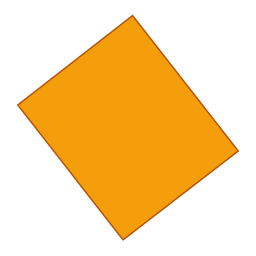 Rawlins, Kansas, United States of America (Equal Earth projection), rotated 232°
{"feature_id": "52423323B33021828989067", "entity_name": "Rawlins", "entity_type": "district", "adm_level": 2, "iso_a3": "USA", "parent_name": "United States of America", "parent_adm1": "Kansas", "projection": "equal_earth", "projection_center": [-101.162, 39.785], "detail": "fine", "context": "isolated", "style": "filled", "palette": "amber", "viewbox_px": 256, "rotation_deg": 232, "n_neighbors": 0, "source": "geoboundaries", "source_scale": "gbopen_adm2", "svg_char_len": 437}
<svg xmlns="http://www.w3.org/2000/svg" viewBox="0 0 256 256"><g transform="rotate(232 128 128)"><path d="M48.3,200.7L162.2,200.8L213.8,200.8L214.0,55.3L210.6,55.3L208.9,55.3L163.5,55.3L140.5,55.3L132.2,55.3L114.2,55.2L104.6,55.2L102.0,55.2L98.6,55.2L92.8,55.2L84.2,55.2L74.6,55.2L72.7,55.2L65.0,55.2L64.6,55.2L60.2,55.2L52.2,55.2L43.1,55.3L42.9,55.3L42.0,200.7L48.3,200.7Z" fill="#f59e0b" stroke="#b45309" stroke-width="1.5"/></g></svg>